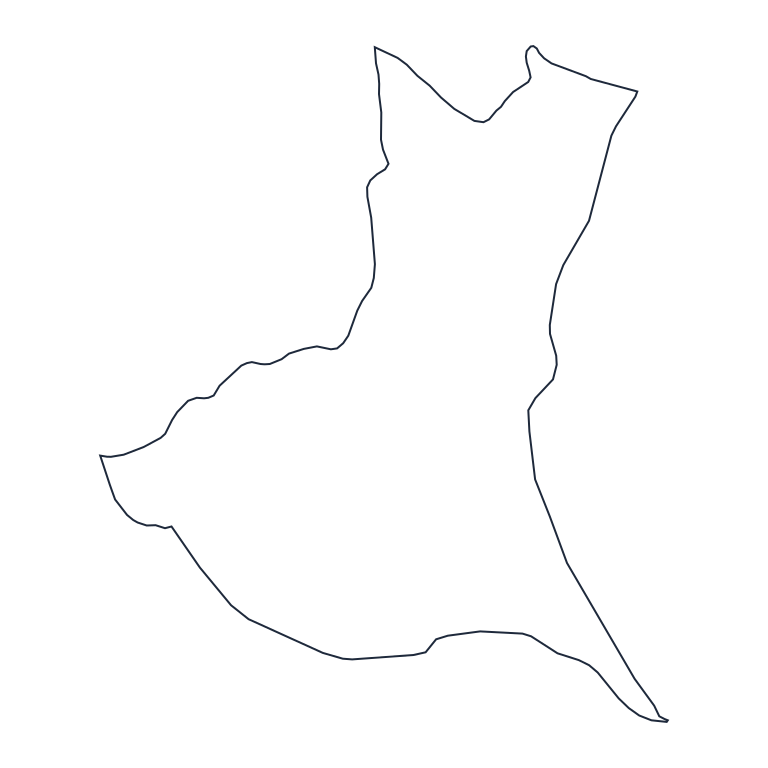 SVG path tracing the border of Ibaraki
{"feature_id": "JPN-1856", "entity_name": "Ibaraki", "entity_type": "Prefecture", "adm_level": 1, "iso_a3": "JPN", "parent_name": "Japan", "parent_adm1": "", "projection": "robinson", "projection_center": [140.305, 36.33], "detail": "fine", "context": "isolated", "style": "outline", "palette": "slate", "viewbox_px": 768, "rotation_deg": 0, "n_neighbors": 0, "source": "natural_earth", "source_scale": "10m", "svg_char_len": 1683}
<svg xmlns="http://www.w3.org/2000/svg" viewBox="0 0 768 768"><path d="M637.3,91.5L635.4,96.6L616.0,126.3L611.4,135.6L589.0,220.8L563.3,265.1L556.1,284.1L549.8,325.0L550.0,333.9L556.2,355.7L556.7,364.8L553.0,379.4L535.4,398.1L528.3,410.3L529.4,431.4L535.1,479.4L549.9,516.7L567.0,563.0L634.6,678.8L654.2,705.7L659.3,716.3L664.5,719.0L667.8,720.3L666.7,721.9L651.4,720.3L639.2,715.5L628.8,708.1L618.7,698.4L597.7,672.5L589.1,665.2L578.8,660.1L557.5,653.3L531.1,636.3L522.5,633.6L480.1,631.4L447.8,635.7L436.1,639.3L425.6,652.3L413.5,655.0L352.2,659.4L342.8,658.7L322.8,652.9L248.6,619.2L231.1,605.3L199.9,567.6L171.5,526.5L165.0,528.2L155.6,525.2L146.7,525.5L137.6,522.5L133.2,520.0L127.0,514.9L115.1,499.5L112.0,490.9L109.7,484.4L100.2,455.6L106.9,456.7L111.0,456.8L123.7,454.7L143.7,447.0L160.6,437.9L165.2,433.8L172.1,420.0L177.2,412.1L188.1,400.8L196.7,397.8L204.1,398.3L208.3,397.8L213.7,395.5L219.6,385.7L241.3,365.6L246.9,363.1L251.9,362.1L260.5,364.0L264.5,364.3L269.8,364.0L281.6,359.2L289.0,353.6L303.8,348.9L316.9,346.4L330.9,349.3L337.1,348.4L343.2,343.2L348.3,335.7L357.3,310.6L362.1,301.0L371.3,287.8L373.8,278.0L374.9,264.2L371.2,217.7L367.4,196.8L367.1,187.3L370.3,180.4L377.1,174.2L385.1,169.3L388.5,163.8L383.0,149.6L381.0,139.7L381.3,112.5L379.0,94.1L379.2,83.9L378.5,74.6L376.0,63.3L374.8,47.2L397.6,57.9L406.8,64.7L417.4,75.8L429.7,85.7L441.0,97.5L454.3,108.9L474.4,120.9L483.5,122.2L489.1,119.4L496.4,110.6L501.0,106.8L504.8,101.1L513.1,92.0L528.2,82.0L530.6,77.4L529.2,70.8L526.7,62.7L525.9,56.5L526.7,51.1L530.7,46.5L533.4,46.1L536.8,48.5L539.1,52.9L544.1,58.3L551.5,63.4L585.9,76.2L590.8,79.0L637.3,91.5Z" fill="none" stroke="#1e293b" stroke-width="2"/></svg>